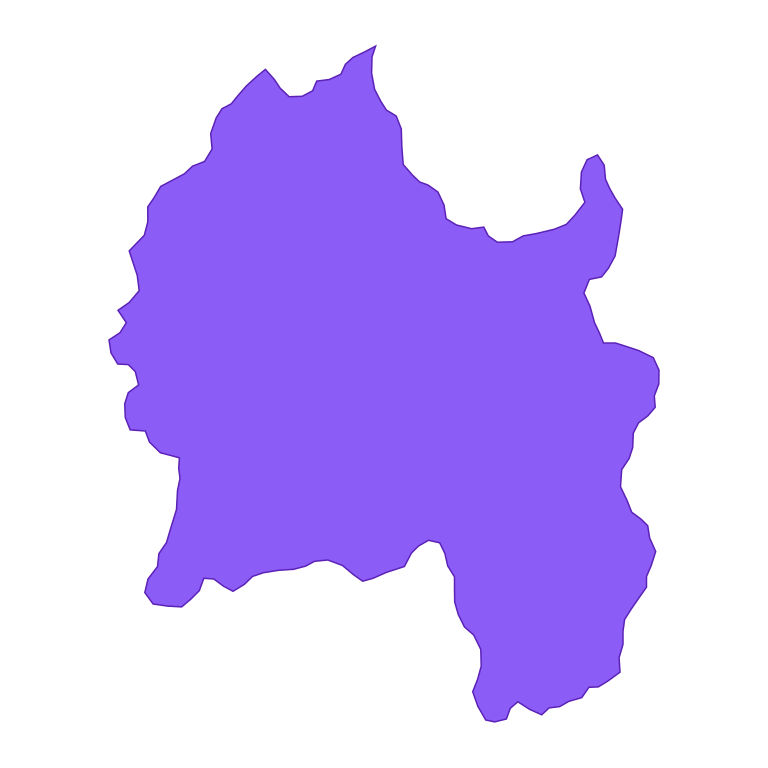 the district of Dores do Turvo, Minas Gerais, Brazil
{"feature_id": "56859067B44427831669894", "entity_name": "Dores do Turvo", "entity_type": "district", "adm_level": 2, "iso_a3": "BRA", "parent_name": "Brazil", "parent_adm1": "Minas Gerais", "projection": "albers", "projection_center": [-43.164, -21.023], "detail": "fine", "context": "isolated", "style": "filled", "palette": "violet", "viewbox_px": 768, "rotation_deg": 0, "n_neighbors": 0, "source": "geoboundaries", "source_scale": "gbopen_adm2", "svg_char_len": 2465}
<svg xmlns="http://www.w3.org/2000/svg" viewBox="0 0 768 768"><path d="M144.8,592.6L153.1,604.0L167.6,606.1L181.7,606.9L191.1,598.9L199.3,590.7L203.8,578.3L213.8,579.0L223.4,586.1L233.0,591.3L244.3,584.4L252.6,576.4L263.5,572.7L278.6,570.3L293.7,569.3L305.7,566.1L314.5,561.3L327.8,560.0L342.5,565.5L353.5,574.7L362.7,581.2L373.0,578.3L386.4,572.4L404.4,566.5L411.4,553.1L418.5,546.0L428.5,540.3L439.7,542.8L444.9,553.5L447.7,565.9L454.5,576.8L454.5,589.2L454.7,602.0L458.3,614.6L464.5,627.0L473.7,635.0L480.8,649.5L481.2,666.3L477.6,679.3L472.7,691.7L477.8,706.2L485.7,720.0L494.7,721.9L506.4,719.0L510.3,708.3L517.8,701.8L529.9,709.5L541.7,714.8L549.1,707.9L559.7,706.6L568.7,701.4L581.8,697.6L588.9,687.3L598.3,686.9L607.9,681.0L620.0,672.2L619.1,657.7L623.0,644.3L623.0,631.3L624.6,619.5L631.4,608.8L640.0,596.4L646.5,587.2L646.5,576.5L651.2,565.6L655.7,551.5L649.7,538.1L647.7,525.7L641.1,519.2L631.7,512.2L627.0,500.3L620.5,486.8L621.7,469.6L629.1,458.5L632.7,447.6L633.3,433.1L638.6,422.8L647.8,415.9L655.2,407.3L654.3,395.9L658.8,384.0L659.0,370.1L653.3,357.7L638.8,350.6L626.1,346.4L615.5,343.0L603.5,343.0L599.4,332.9L594.5,322.6L590.0,306.2L583.9,293.0L589.4,279.4L601.6,276.9L608.4,268.3L615.1,255.9L618.7,235.7L621.2,219.8L622.6,209.3L615.1,198.1L609.7,188.5L605.5,179.2L604.2,165.2L597.5,154.9L587.1,159.7L581.4,172.1L580.4,188.9L584.9,202.3L574.8,215.3L566.3,224.4L554.4,229.2L536.1,233.6L523.2,235.9L512.4,241.8L497.3,242.2L488.3,235.9L483.8,227.1L471.6,228.7L456.5,225.0L446.1,218.7L444.0,205.0L437.9,192.0L428.1,185.1L419.5,181.9L412.4,175.0L403.2,164.5L401.8,146.2L401.3,129.0L396.2,116.0L386.4,110.1L380.7,101.1L374.6,89.3L371.6,73.2L372.0,57.0L375.6,46.1L364.0,52.2L353.0,57.4L345.4,64.3L340.9,74.2L329.3,79.5L316.7,81.1L312.6,90.8L302.2,96.3L289.1,96.7L280.1,88.1L274.4,79.5L265.4,69.4L256.9,76.3L246.3,86.0L238.3,95.2L231.3,103.8L222.0,108.7L216.2,117.9L210.7,133.5L212.1,149.0L204.6,161.4L192.5,166.2L184.4,173.8L171.5,180.7L160.7,186.4L154.2,197.5L147.8,206.8L147.8,221.9L144.3,235.3L137.6,242.2L129.2,250.9L133.1,262.8L137.2,275.2L139.2,290.7L129.2,302.5L118.0,310.3L126.3,322.7L120.0,332.7L109.0,339.9L111.0,352.9L117.7,364.0L128.3,364.6L135.3,371.6L138.6,385.0L128.3,392.6L124.7,403.9L125.3,417.6L130.2,429.9L145.3,431.0L149.5,442.1L160.4,452.8L179.4,457.8L178.7,468.5L180.0,478.4L177.5,490.6L176.5,509.5L171.0,527.3L166.5,542.5L158.9,553.6L157.5,566.6L148.0,579.0L144.8,592.6Z" fill="#8b5cf6" stroke="#5b21b6" stroke-width="1.5"/></svg>